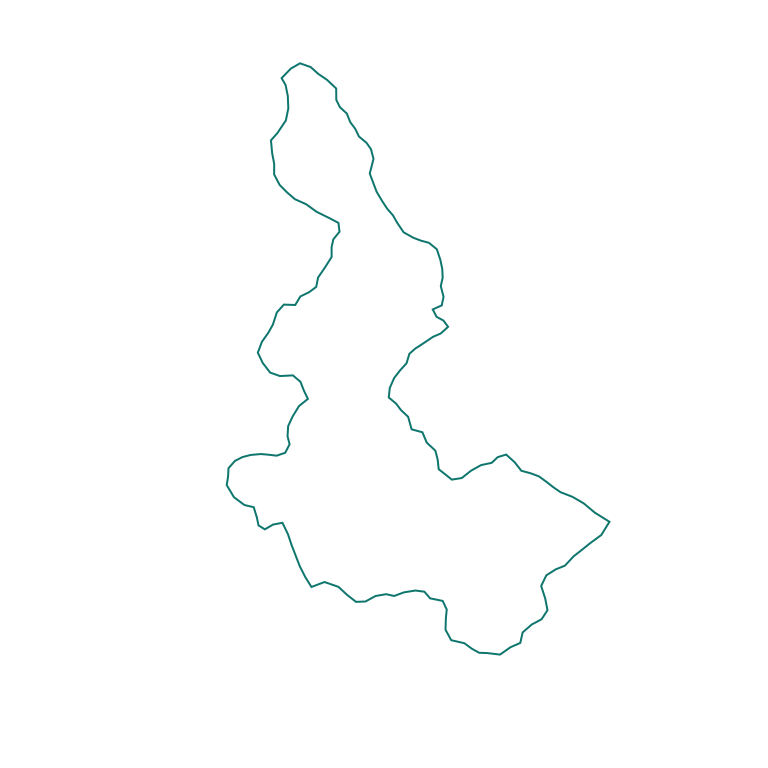 outline of Itanhandu, Minas Gerais, Brazil, rotated 218°
{"feature_id": "56859067B19026376287302", "entity_name": "Itanhandu", "entity_type": "district", "adm_level": 2, "iso_a3": "BRA", "parent_name": "Brazil", "parent_adm1": "Minas Gerais", "projection": "mercator", "projection_center": [-44.912, -22.329], "detail": "fine", "context": "isolated", "style": "outline", "palette": "teal", "viewbox_px": 768, "rotation_deg": 218, "n_neighbors": 0, "source": "geoboundaries", "source_scale": "gbopen_adm2", "svg_char_len": 2362}
<svg xmlns="http://www.w3.org/2000/svg" viewBox="0 0 768 768"><g transform="rotate(218 384 384)"><path d="M445.7,207.5L432.5,202.4L419.5,202.7L410.8,206.7L402.2,200.7L395.8,195.3L388.4,196.1L384.9,204.9L378.6,212.1L367.2,206.5L357.7,200.2L347.1,193.9L338.1,188.5L327.2,183.4L316.2,179.4L309.0,191.3L295.0,196.1L283.2,195.1L271.9,195.1L264.7,201.2L260.1,211.8L252.9,219.7L245.5,223.2L240.0,232.1L232.1,240.6L224.3,245.2L215.7,243.5L204.2,249.2L195.7,244.9L190.9,237.3L184.2,228.2L173.3,223.5L161.1,229.2L151.6,229.5L143.5,230.8L137.2,235.4L126.0,242.2L122.2,254.6L117.2,263.9L121.8,273.6L119.5,285.5L115.0,295.6L115.9,306.4L125.0,314.3L135.8,321.6L138.3,333.2L134.5,343.8L129.6,352.2L128.5,364.9L125.7,376.3L123.4,386.1L119.8,398.8L121.5,414.2L129.3,413.4L138.7,412.4L153.1,412.9L166.1,411.1L178.4,407.4L187.1,406.9L196.0,406.9L205.0,406.6L213.3,404.0L222.3,400.2L233.0,402.8L244.3,403.6L249.4,396.3L250.6,388.2L257.6,379.8L262.1,369.1L264.8,357.8L271.7,350.4L280.9,350.5L288.4,350.5L295.3,357.6L302.5,363.1L314.2,364.1L324.0,369.6L334.3,365.3L344.8,373.0L354.6,373.9L362.4,376.0L371.9,376.3L377.0,384.4L379.7,395.0L379.7,404.8L379.0,414.2L382.6,423.5L381.2,431.1L378.2,439.7L374.4,451.4L370.4,458.7L368.7,468.5L376.2,470.6L384.0,469.3L391.5,472.8L386.9,481.5L390.7,489.3L399.5,496.1L403.3,504.0L408.9,510.5L416.0,516.5L425.3,522.7L435.6,522.9L442.9,519.8L450.9,517.3L461.9,515.6L472.7,519.1L480.7,522.4L489.4,524.1L498.0,527.0L508.1,530.9L516.5,536.0L524.8,541.1L530.9,555.0L538.8,561.0L546.3,563.3L556.1,563.6L563.9,567.4L571.9,569.6L579.7,574.2L589.2,575.0L596.5,578.5L603.6,587.4L616.1,588.6L626.8,587.9L636.9,588.6L647.6,585.0L651.6,575.2L653.0,562.0L645.6,559.0L637.1,551.7L629.1,542.3L623.6,531.3L622.5,516.1L623.1,506.4L614.1,496.9L606.0,489.8L599.6,481.5L588.7,476.6L578.5,475.3L567.9,474.8L556.1,477.7L543.1,478.2L530.1,480.9L519.1,482.9L512.8,476.6L513.0,466.8L509.5,459.5L503.5,451.9L502.3,440.0L501.5,427.3L497.2,418.8L499.5,410.4L503.8,401.5L502.6,391.6L511.8,384.9L512.5,374.4L508.1,362.3L506.7,353.0L506.2,342.1L502.7,331.0L492.5,325.9L480.7,322.9L470.9,326.2L461.1,334.7L451.2,334.3L442.9,329.4L434.8,325.4L437.4,314.3L436.0,302.1L433.6,291.8L427.8,283.4L421.3,278.4L419.5,269.0L424.5,261.4L431.6,257.1L437.9,253.0L445.4,246.0L450.6,239.2L454.1,231.6L454.7,221.9L450.1,215.4L445.7,207.5Z" fill="none" stroke="#0f766e" stroke-width="2"/></g></svg>